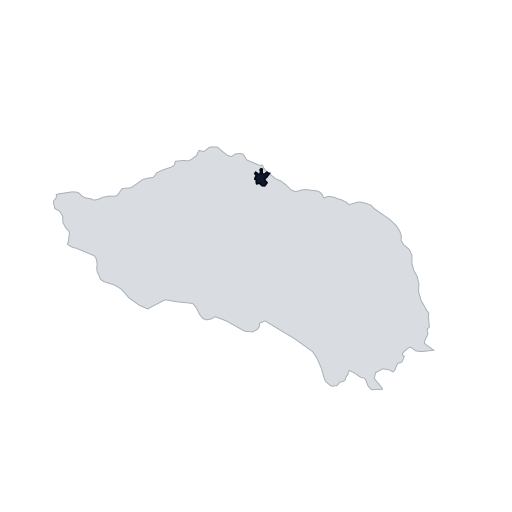 location of Szeged within Hungary, rotated 214°
{"feature_id": "HUN-4916", "entity_name": "Szeged", "entity_type": "Urban county", "adm_level": 1, "iso_a3": "HUN", "parent_name": "Hungary", "parent_adm1": "", "projection": "equal_earth", "projection_center": [20.159, 46.25], "detail": "fine", "context": "in_parent", "style": "filled", "palette": "ink", "viewbox_px": 512, "rotation_deg": 214, "n_neighbors": 0, "source": "natural_earth", "source_scale": "10m", "svg_char_len": 3166}
<svg xmlns="http://www.w3.org/2000/svg" viewBox="0 0 512 512"><g transform="rotate(214 256 256)"><path d="M411.9,160.7L417.4,160.1L417.7,160.2L419.0,160.5L419.9,164.0L420.1,164.2L421.5,166.5L422.8,169.6L424.8,171.9L429.1,172.8L434.8,175.7L438.5,181.0L444.0,183.3L444.4,183.3L445.5,183.1L449.5,182.9L450.3,184.0L453.5,186.6L454.7,188.9L454.1,191.3L454.7,194.1L456.0,195.1L454.5,197.0L444.4,206.3L440.4,208.7L437.8,209.2L433.6,208.3L429.2,209.0L425.4,211.0L421.8,211.6L419.1,214.0L415.7,219.1L411.4,223.4L407.1,226.1L404.9,228.5L404.7,236.8L402.3,239.1L399.1,241.5L397.4,243.7L392.5,256.3L388.8,260.4L385.3,263.5L384.7,266.3L384.8,269.6L380.8,276.1L375.6,282.8L374.6,285.6L375.8,289.4L370.7,293.7L367.8,295.8L365.4,296.7L363.9,299.4L361.4,306.0L362.1,309.0L362.2,311.7L357.8,313.3L356.6,316.3L355.5,320.0L353.7,321.7L348.9,324.7L336.8,323.4L332.3,324.4L330.9,326.6L330.6,328.4L329.1,330.1L326.4,332.2L323.6,333.1L317.3,330.5L303.8,333.1L301.5,335.0L299.6,333.7L296.7,332.5L283.2,330.9L277.8,332.1L270.7,331.7L264.1,330.4L259.2,331.4L254.8,336.6L252.6,338.4L250.9,339.5L247.2,341.2L244.1,343.1L239.9,344.6L236.2,344.4L232.7,342.1L231.5,342.6L230.4,344.7L228.5,346.5L223.2,348.6L221.9,348.6L221.6,348.6L217.5,350.2L210.9,351.1L207.6,350.5L201.5,357.8L199.6,359.1L193.9,361.3L189.1,362.4L185.1,361.5L183.5,361.4L165.6,361.1L156.3,359.5L150.3,356.7L146.4,353.5L144.5,350.0L139.9,347.9L132.6,347.1L127.0,343.7L123.0,337.5L117.6,332.6L110.7,329.0L105.3,323.9L101.3,317.3L94.1,311.4L83.6,306.1L80.5,305.0L79.9,303.3L74.9,296.8L72.7,294.4L73.0,291.2L72.0,289.3L70.1,288.0L69.2,283.4L68.7,279.9L67.3,277.7L56.0,277.2L65.7,269.0L70.4,266.7L75.8,267.0L77.6,266.3L78.1,265.1L79.1,262.4L79.6,259.9L80.1,257.5L79.5,256.1L76.9,255.7L75.8,249.8L77.2,247.6L78.6,246.1L77.1,238.9L77.6,236.5L81.9,236.1L85.4,234.6L88.3,232.8L89.2,230.6L91.6,226.1L89.5,220.6L77.4,217.0L76.8,215.7L79.7,214.1L82.8,211.9L84.5,210.2L86.9,209.9L90.2,210.8L96.0,214.8L98.2,215.4L100.5,214.2L102.8,213.9L109.3,214.1L114.8,213.2L113.6,208.9L113.7,205.8L112.8,203.4L113.5,200.7L115.7,198.6L116.5,193.9L119.9,190.7L121.5,190.2L127.6,190.8L129.0,191.6L129.9,191.8L139.3,199.6L148.3,205.4L155.7,208.4L166.6,208.7L178.3,209.0L197.7,207.9L212.3,207.2L213.2,205.7L215.5,202.2L213.7,199.2L213.9,195.7L216.4,191.1L223.6,187.3L244.2,185.6L256.0,182.8L257.8,178.9L261.7,175.1L265.3,174.4L270.2,176.1L276.1,179.5L281.3,181.2L284.3,180.1L294.8,174.4L306.8,168.9L315.0,154.0L315.9,151.6L324.8,149.9L337.9,150.2L344.6,152.1L349.6,153.2L357.1,152.8L368.0,149.6L372.0,149.7L375.1,152.0L378.6,153.9L380.9,156.3L382.7,159.7L383.6,161.0L385.2,162.7L387.9,165.1L390.6,165.7L410.7,161.6L411.9,160.7Z" fill="#d9dde1" stroke="#a8b0b8" stroke-width="1"/><path d="M293.9,331.7L292.9,331.4L292.4,331.5L290.9,332.2L291.2,326.8L291.8,325.9L291.2,323.9L287.7,323.0L287.9,319.0L290.2,317.6L293.7,318.2L295.8,316.1L297.0,317.1L298.2,319.1L300.0,319.0L300.5,320.1L300.7,321.1L300.3,322.2L301.8,323.2L303.1,323.5L303.2,325.3L301.5,325.4L299.5,325.0L298.8,326.2L298.9,327.4L299.7,328.7L300.9,329.7L300.7,331.3L299.3,331.6L298.3,329.7L296.9,328.1L295.5,328.0L294.7,328.9L293.9,331.7Z" fill="#0f172a" stroke="#020617" stroke-width="1.5"/></g></svg>